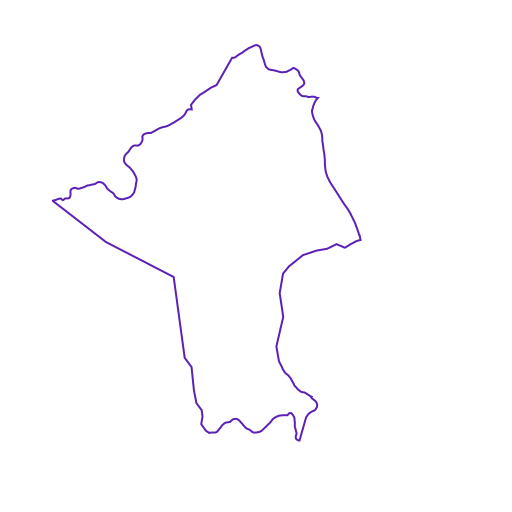 Bosquet D'Or, Dennery, Saint Lucia (Albers equal-area conic projection), rotated 55°
{"feature_id": "8701671B26596683393313", "entity_name": "Bosquet D'Or", "entity_type": "district", "adm_level": 2, "iso_a3": "LCA", "parent_name": "Saint Lucia", "parent_adm1": "Dennery", "projection": "albers", "projection_center": [-60.913, 13.929], "detail": "fine", "context": "isolated", "style": "outline", "palette": "violet", "viewbox_px": 512, "rotation_deg": 55, "n_neighbors": 0, "source": "geoboundaries", "source_scale": "gbopen_adm2", "svg_char_len": 6023}
<svg xmlns="http://www.w3.org/2000/svg" viewBox="0 0 512 512"><g transform="rotate(55 256 256)"><path d="M162.0,114.7L161.5,115.3L158.7,117.2L157.6,118.7L156.6,120.6L155.9,121.9L154.3,123.0L153.6,123.7L152.5,125.3L151.5,126.4L149.6,127.1L147.0,127.5L145.4,127.5L143.9,126.8L143.3,125.8L143.3,123.9L143.3,120.8L143.1,119.1L142.6,117.9L142.4,117.6L142.1,117.2L140.4,116.6L139.7,116.3L132.8,116.4L131.3,115.8L130.3,115.4L129.1,115.3L127.4,115.5L124.7,116.6L123.8,117.1L123.3,117.8L123.3,121.0L122.9,123.0L122.7,125.2L120.9,128.6L119.9,130.0L118.6,131.2L116.9,132.5L114.1,134.9L112.3,136.8L110.4,138.5L106.9,139.3L106.1,139.2L103.9,138.6L99.9,137.2L96.7,136.4L93.7,135.3L89.7,133.6L87.5,133.0L86.6,133.0L84.8,133.6L83.9,134.1L83.2,135.2L82.7,136.4L82.1,140.3L81.6,142.5L81.4,148.5L81.6,150.6L81.4,152.0L81.2,154.1L81.2,156.3L81.3,158.8L81.1,159.8L80.9,160.4L80.8,160.7L79.9,161.9L93.4,190.3L92.3,196.0L92.1,204.6L91.8,209.5L93.1,216.8L94.9,222.5L99.1,224.6L97.7,226.3L97.5,226.6L97.3,226.9L97.1,227.7L97.1,228.4L97.1,228.8L97.3,229.4L97.7,230.3L98.1,230.9L99.3,233.6L99.5,234.3L99.7,235.5L99.8,236.8L99.9,237.9L99.9,239.7L99.8,241.0L99.7,243.6L99.6,244.3L99.6,246.3L99.3,248.4L99.2,250.4L98.9,252.7L98.7,253.8L98.3,255.2L98.0,256.1L97.4,257.5L96.9,258.7L96.6,259.6L96.1,261.4L95.8,263.4L95.5,266.8L95.4,267.6L95.2,269.7L94.9,271.4L94.6,272.1L93.6,273.5L93.4,273.8L93.0,274.5L92.7,275.2L92.1,277.2L92.1,277.6L92.1,278.8L92.2,279.1L92.7,280.2L92.9,280.6L93.9,281.1L94.8,281.6L95.4,282.1L96.0,282.6L97.3,284.7L97.5,285.1L97.9,286.2L98.0,286.5L98.1,286.9L98.1,287.3L98.1,287.7L98.0,288.4L97.9,288.9L97.8,289.2L97.7,289.6L96.7,290.9L96.2,291.5L95.6,292.6L95.5,292.9L95.4,295.2L95.5,295.5L95.7,296.3L97.0,299.5L97.3,300.3L97.5,301.1L97.8,303.1L98.0,304.2L98.3,305.1L98.5,305.5L98.8,306.3L99.0,306.6L100.3,308.0L101.0,308.6L101.3,308.9L101.9,309.3L102.3,309.5L102.7,309.7L103.5,309.9L103.8,310.0L106.4,310.0L107.1,309.9L108.3,309.6L110.0,309.0L111.3,308.7L113.2,308.5L114.4,308.4L116.0,308.3L116.9,308.3L118.3,308.4L118.9,308.5L119.2,308.6L121.9,308.9L123.7,309.4L124.5,309.7L125.1,310.0L125.9,310.6L126.7,311.5L127.7,312.6L128.1,313.0L128.9,313.7L129.9,314.6L130.9,315.6L132.3,317.4L133.0,318.1L133.6,318.8L133.9,319.3L134.1,319.7L134.4,320.3L134.6,320.9L135.2,323.3L135.4,324.4L135.2,326.6L134.9,327.5L134.1,329.8L133.6,331.5L133.3,332.2L133.2,332.5L132.9,332.9L132.4,333.6L130.7,335.3L130.0,335.8L129.6,336.0L128.4,336.5L127.6,336.8L126.7,337.1L126.0,337.1L125.5,337.1L124.1,336.9L123.7,336.9L122.6,337.0L121.4,337.4L119.1,338.3L117.7,338.7L115.9,339.1L115.4,339.2L114.6,339.2L114.1,339.2L112.7,339.0L111.6,339.0L110.3,339.2L108.8,339.5L108.0,339.8L107.7,340.0L106.4,341.0L105.9,341.5L105.4,342.2L105.0,342.9L104.8,343.6L104.7,344.0L104.7,344.9L104.7,346.0L104.7,346.4L104.5,346.8L104.5,347.1L104.4,347.3L103.0,350.4L102.4,352.2L102.2,352.5L101.7,353.2L101.6,353.6L101.5,354.0L101.4,354.5L101.1,356.6L101.0,357.1L100.7,358.0L100.5,359.0L100.2,359.6L99.3,362.6L99.1,362.9L98.9,363.2L98.2,363.8L97.4,364.2L96.5,365.0L96.3,365.2L95.9,365.8L95.4,367.8L95.3,368.2L95.4,369.4L95.5,369.7L96.9,371.2L98.0,371.8L98.9,372.4L99.6,372.9L100.5,373.9L101.0,374.5L101.1,374.8L101.3,375.2L101.3,375.8L101.3,376.2L101.2,376.6L101.0,377.0L100.3,377.9L99.9,378.5L99.5,379.1L99.4,379.9L99.4,380.3L99.6,381.3L99.6,381.7L99.5,382.0L99.2,382.3L98.9,382.5L98.5,382.6L97.7,382.7L97.3,382.8L97.0,382.9L96.7,383.3L96.5,383.6L95.8,385.5L95.6,386.2L95.5,387.0L94.6,389.6L94.2,390.6L94.5,390.8L158.5,370.9L226.0,335.5L298.5,372.8L310.0,372.5L330.6,384.0L342.4,389.2L351.0,388.9L356.7,391.8L362.3,397.3L370.3,397.3L374.2,395.8L374.3,395.1L374.9,394.0L376.8,391.3L377.4,390.4L377.6,389.3L377.4,387.7L377.0,386.3L376.5,384.7L376.3,383.7L375.4,381.4L375.2,380.5L375.1,379.1L374.9,377.7L375.1,376.9L375.1,376.6L375.5,375.6L376.8,372.9L377.1,372.0L376.7,371.1L376.6,369.4L376.6,368.7L377.0,367.4L377.8,365.9L379.0,364.9L380.3,364.3L381.6,364.0L382.4,363.9L383.3,363.9L385.2,363.5L386.3,363.5L388.7,363.3L390.5,363.0L392.0,362.6L394.5,361.0L395.7,360.5L397.3,360.2L398.5,359.7L399.0,359.4L399.6,358.8L400.8,356.9L401.9,354.5L402.3,352.7L402.4,351.5L402.2,350.3L402.0,349.1L401.8,347.3L401.5,345.6L401.2,344.0L401.0,342.7L400.8,341.0L400.5,339.8L400.1,338.5L399.8,337.3L399.3,336.1L399.2,334.7L399.2,333.1L399.5,330.9L399.8,329.8L399.9,329.0L400.4,327.9L402.6,324.1L403.8,322.6L404.4,321.6L404.3,320.9L404.1,320.1L403.9,319.3L404.2,318.1L404.9,317.3L405.6,317.1L406.7,317.0L407.3,317.0L409.5,317.1L410.6,317.4L411.5,317.8L412.4,318.5L413.2,318.9L414.5,319.6L415.6,320.3L417.1,321.5L418.0,322.1L420.7,323.0L424.3,324.4L425.2,325.1L426.3,326.6L427.2,327.4L428.0,327.8L429.0,328.0L429.6,328.0L430.3,327.5L431.0,327.2L431.9,326.6L432.1,326.2L416.9,307.5L415.4,303.4L415.4,300.1L416.1,296.1L414.8,292.8L413.0,291.2L410.7,290.5L408.6,290.6L404.7,291.8L403.7,291.9L403.2,291.1L402.3,291.8L400.3,292.5L399.1,293.1L396.4,294.1L395.8,294.4L394.9,295.3L394.0,296.3L393.0,297.0L389.4,298.2L388.0,298.3L386.7,298.4L385.2,298.7L383.6,298.8L382.7,298.5L381.0,298.3L379.3,298.1L377.9,298.0L376.8,297.8L375.5,297.8L372.5,298.0L368.6,299.1L364.1,299.0L362.2,298.5L355.5,297.6L341.8,291.2L331.1,279.3L321.5,268.6L300.0,257.9L285.9,243.9L283.4,234.9L282.2,217.0L286.3,203.3L290.9,193.5L292.5,183.2L292.8,183.1L294.0,182.3L295.3,181.5L296.7,180.5L297.9,179.9L298.6,179.5L299.4,179.0L300.1,178.5L300.3,177.3L300.4,176.2L300.4,175.5L300.5,173.7L300.5,171.8L300.9,169.6L301.0,168.2L301.2,167.2L301.2,166.1L301.7,164.4L302.2,162.7L302.9,161.2L298.4,159.2L297.8,159.5L295.9,158.7L285.6,155.9L274.5,154.2L269.1,153.9L263.6,154.0L258.0,153.8L249.6,153.4L246.1,153.3L238.1,153.0L232.0,152.1L227.1,150.6L225.1,149.6L222.6,148.2L220.5,147.0L216.2,144.1L214.0,142.9L211.5,141.5L206.7,139.2L202.6,137.0L199.4,135.5L197.7,134.2L194.8,132.6L191.8,131.4L189.9,130.9L184.7,130.3L179.3,130.2L177.5,130.0L174.8,129.3L172.2,128.4L170.6,127.7L169.4,127.0L168.5,126.3L167.9,125.1L167.5,124.8L166.2,123.4L165.1,121.8L163.7,119.5L162.7,117.3L162.0,114.7Z" fill="none" stroke="#5b21b6" stroke-width="2"/></g></svg>